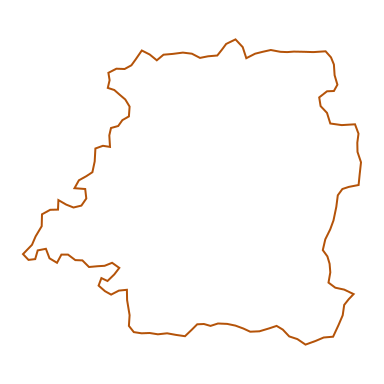 outline of Santo Antônio do Grama, Minas Gerais, Brazil
{"feature_id": "56859067B72216999102228", "entity_name": "Santo Antônio do Grama", "entity_type": "district", "adm_level": 2, "iso_a3": "BRA", "parent_name": "Brazil", "parent_adm1": "Minas Gerais", "projection": "robinson", "projection_center": [-42.611, -20.321], "detail": "fine", "context": "isolated", "style": "outline", "palette": "amber", "viewbox_px": 384, "rotation_deg": 0, "n_neighbors": 0, "source": "geoboundaries", "source_scale": "gbopen_adm2", "svg_char_len": 1865}
<svg xmlns="http://www.w3.org/2000/svg" viewBox="0 0 384 384"><path d="M325.6,51.3L313.4,52.1L304.1,51.8L293.8,51.6L287.2,52.1L280.3,51.8L270.8,50.0L262.7,51.8L255.1,53.7L246.3,58.2L242.7,47.1L235.5,39.4L226.2,43.9L221.9,49.7L217.3,55.5L208.0,56.3L200.0,57.9L191.9,53.7L182.9,52.6L172.8,53.9L163.5,54.7L156.8,60.3L149.7,54.5L141.8,50.5L135.6,59.5L131.4,65.3L124.6,69.0L116.4,68.7L108.4,72.8L109.6,80.2L107.8,87.9L114.3,90.0L120.0,95.0L125.3,99.5L129.6,106.6L128.9,116.4L122.4,120.1L118.2,126.0L111.0,128.0L109.3,135.4L110.0,146.9L102.9,145.8L95.4,148.5L94.7,161.4L92.4,172.2L86.3,176.2L78.9,180.3L74.5,188.2L85.2,189.0L86.3,198.5L81.4,205.6L73.5,207.5L66.2,204.6L58.4,200.1L58.0,209.6L50.2,209.8L42.0,214.3L41.7,226.2L35.6,236.4L32.0,244.8L23.0,254.1L28.5,259.9L35.2,259.1L37.7,250.4L45.9,248.8L49.5,258.3L57.0,262.8L61.4,254.6L68.0,254.6L75.3,260.1L82.4,260.4L89.0,267.0L97.9,266.2L104.6,265.8L112.1,262.8L119.3,267.9L114.3,274.4L107.5,281.0L101.4,278.1L98.6,285.6L105.0,291.2L111.1,294.6L118.9,290.6L126.9,289.8L127.1,300.1L129.6,315.2L128.9,325.9L133.8,332.1L141.5,333.3L149.6,333.0L157.9,334.3L167.1,333.3L176.0,334.9L185.0,336.2L191.9,329.6L197.2,324.3L203.9,324.0L210.5,325.9L218.0,323.5L227.2,323.9L235.4,325.6L243.3,328.5L250.2,331.7L259.4,331.3L269.1,328.4L276.6,325.9L282.8,329.6L289.2,336.4L297.4,339.1L305.5,344.6L315.7,340.9L323.7,337.5L333.1,336.7L338.5,325.1L342.7,315.3L344.2,304.9L348.8,299.1L353.6,294.1L344.2,289.6L335.3,287.7L328.5,282.6L330.3,272.4L329.6,263.8L327.4,256.4L322.8,250.1L325.3,239.3L330.2,229.4L333.5,220.4L336.3,206.9L337.8,195.3L342.4,189.0L348.8,186.9L358.6,185.0L359.6,175.0L361.0,162.3L357.5,151.9L357.3,142.7L358.5,133.7L355.0,124.3L341.7,125.1L330.3,123.5L327.0,112.9L320.6,106.1L319.2,97.4L327.0,91.3L333.9,91.0L337.4,84.7L334.6,75.2L333.9,64.5L331.0,57.4L325.6,51.3Z" fill="none" stroke="#b45309" stroke-width="2"/></svg>